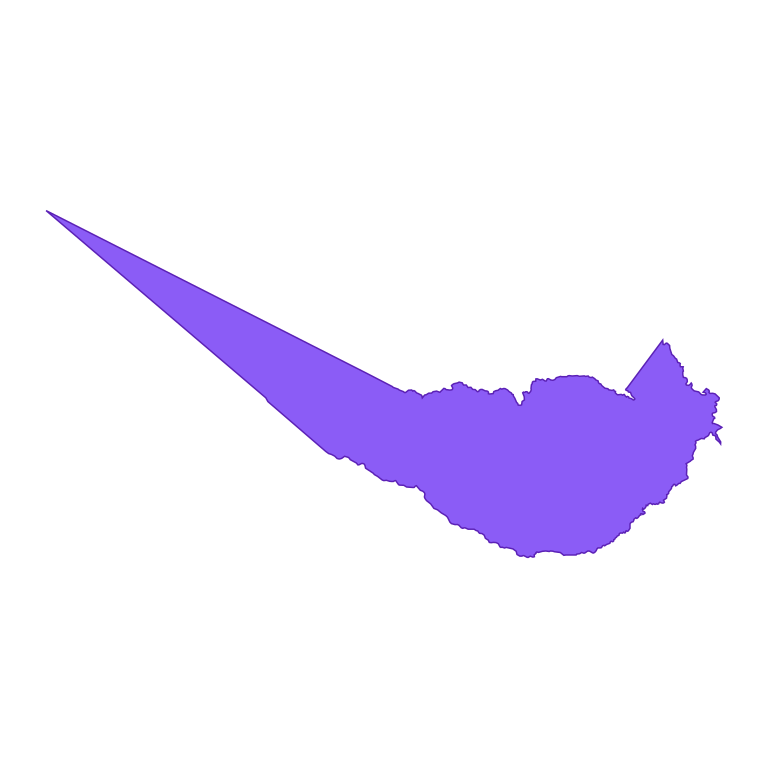 outline of Nithi, Eastern, Kenya
{"feature_id": "3690345B87545875120940", "entity_name": "Nithi", "entity_type": "district", "adm_level": 2, "iso_a3": "KEN", "parent_name": "Kenya", "parent_adm1": "Eastern", "projection": "albers", "projection_center": [37.753, -0.301], "detail": "fine", "context": "isolated", "style": "filled", "palette": "violet", "viewbox_px": 768, "rotation_deg": 0, "n_neighbors": 0, "source": "geoboundaries", "source_scale": "gbopen_adm2", "svg_char_len": 6130}
<svg xmlns="http://www.w3.org/2000/svg" viewBox="0 0 768 768"><path d="M46.1,210.6L265.8,397.8L267.9,401.6L325.7,451.4L328.7,453.6L331.4,454.4L334.7,456.1L337.1,458.5L339.1,459.0L340.7,458.7L341.8,458.3L344.6,456.3L348.1,457.3L349.1,458.0L350.3,459.7L356.4,463.0L357.9,464.9L359.0,464.8L361.6,463.5L363.0,463.5L364.0,463.9L364.9,465.2L365.6,468.2L373.2,473.2L374.4,474.6L377.6,476.4L382.2,480.0L383.8,480.6L386.4,480.3L389.7,481.3L392.0,481.5L393.6,481.4L394.7,480.7L395.7,480.6L398.6,484.7L399.6,485.1L403.8,485.3L406.6,487.0L413.1,487.5L414.2,487.4L415.3,486.1L416.4,485.7L420.3,490.3L422.8,491.2L424.4,492.6L424.9,494.1L424.4,497.0L425.0,498.5L426.5,500.6L430.7,503.9L433.9,508.4L437.5,509.8L441.3,512.9L445.7,515.5L447.5,517.2L449.9,522.1L451.4,523.6L455.0,524.6L457.4,524.5L458.9,525.2L461.3,527.8L462.8,528.3L464.2,527.8L465.3,527.9L468.1,529.2L474.1,529.2L476.2,530.6L477.7,530.9L478.8,532.6L479.6,533.3L482.1,533.6L484.2,535.2L485.4,538.3L488.3,540.2L489.3,542.4L491.1,542.7L493.4,542.4L496.1,542.6L498.3,543.7L500.0,546.9L500.9,547.4L502.1,547.2L504.6,548.0L506.2,547.4L512.9,548.9L516.2,551.3L517.0,554.5L519.8,556.1L522.0,556.1L522.9,555.6L523.8,555.6L527.1,557.3L528.2,557.4L530.2,556.2L532.9,557.1L534.4,556.7L534.2,554.8L536.0,553.4L536.0,552.5L536.9,552.0L538.5,552.4L542.5,551.3L545.8,551.0L549.2,551.5L550.4,551.0L552.9,551.2L554.3,551.7L560.3,552.5L563.8,555.3L565.8,555.0L576.1,555.0L576.8,554.1L579.7,553.7L581.6,552.5L584.0,553.2L585.2,552.8L587.4,551.2L588.3,551.0L589.7,551.2L592.6,552.9L593.6,553.0L594.8,552.3L596.1,550.8L597.1,548.7L598.0,547.9L600.4,547.9L601.5,547.6L602.2,546.3L602.9,545.6L604.0,545.3L604.7,545.8L606.7,544.4L609.1,543.6L610.0,543.1L610.2,542.1L611.1,541.3L612.8,541.7L613.7,540.9L613.8,539.6L614.8,539.1L615.4,537.9L616.4,537.3L617.2,536.1L619.0,535.2L619.3,533.7L620.3,533.0L622.6,533.1L623.5,532.2L624.5,532.9L625.4,532.7L625.5,531.6L626.2,530.8L627.1,531.3L628.3,530.9L630.0,528.3L630.0,524.0L630.4,523.1L631.5,522.2L633.1,521.7L633.8,520.3L633.8,519.4L635.7,517.8L636.8,518.4L638.1,517.5L639.7,515.3L640.9,514.9L640.7,513.9L641.9,513.7L642.9,514.5L644.9,513.3L644.9,512.4L644.4,511.7L643.1,511.5L642.4,509.3L642.7,508.3L643.7,509.2L644.8,508.4L646.0,506.6L646.2,505.2L647.7,505.6L648.2,504.2L650.4,503.2L652.4,504.5L653.3,503.8L654.6,504.3L655.8,504.3L656.8,503.7L657.6,504.2L658.7,503.8L659.2,502.6L659.9,502.1L661.1,502.8L662.8,503.1L663.7,502.9L664.4,502.2L663.5,500.2L666.5,498.2L666.9,495.8L666.7,494.6L667.7,494.3L668.7,493.2L668.6,491.9L671.0,489.1L671.6,487.9L671.7,486.7L672.7,486.0L673.2,485.0L674.0,484.3L675.0,484.5L675.6,485.8L676.7,485.3L678.8,483.4L680.1,483.4L681.3,481.6L687.6,478.6L688.0,477.9L687.8,476.6L686.8,475.5L686.5,474.7L686.8,469.2L686.5,467.3L686.9,465.3L686.1,463.7L690.3,461.2L691.2,460.3L693.1,459.1L693.1,457.7L692.5,456.4L692.4,455.4L692.9,454.5L693.4,452.4L695.7,448.4L695.6,446.1L695.0,444.9L696.0,442.8L695.5,441.3L696.6,440.5L697.9,440.2L701.2,438.5L704.3,438.8L704.9,437.6L707.8,436.0L708.6,435.2L709.7,432.8L710.6,432.3L711.5,432.4L712.2,433.0L712.8,435.1L714.9,435.7L715.7,436.4L716.0,439.2L719.3,442.1L720.6,443.9L720.7,441.9L717.7,437.1L717.0,434.8L715.6,433.6L715.7,432.1L717.5,429.9L720.5,428.4L721.9,427.3L718.0,425.0L713.7,423.4L712.5,423.5L712.2,422.6L713.7,418.8L714.7,418.4L714.6,417.3L712.8,416.2L712.2,414.9L712.4,413.4L713.4,412.9L714.9,412.7L716.5,411.6L716.4,409.5L714.8,406.7L715.0,405.7L716.4,405.4L716.8,404.0L715.2,402.2L716.1,401.4L717.9,400.9L718.7,400.1L719.2,398.9L719.2,397.8L715.1,393.9L712.8,393.3L710.0,393.4L709.0,392.6L709.3,391.1L708.6,389.9L706.3,388.6L703.1,392.2L705.2,392.7L706.0,393.5L706.1,394.5L705.1,395.0L702.3,394.9L701.1,394.4L698.7,391.9L694.2,390.9L692.3,389.2L691.4,388.0L691.4,387.0L692.1,385.4L691.8,383.9L691.2,383.0L689.9,384.6L688.5,385.4L686.4,385.0L685.9,383.9L687.3,381.7L687.2,379.7L686.6,378.3L685.1,377.6L683.4,377.4L682.8,374.9L682.8,371.9L683.4,371.1L682.8,368.4L683.2,366.8L680.4,366.7L680.0,365.0L680.3,363.5L679.2,362.8L677.7,362.4L676.6,359.1L675.4,358.4L673.5,355.8L671.8,354.5L669.8,348.3L669.6,345.5L667.3,343.3L666.2,343.1L664.4,344.6L663.1,344.4L662.7,340.1L627.3,387.7L626.1,388.8L625.7,389.8L626.3,390.4L627.7,390.6L628.4,392.0L630.5,392.4L631.7,395.6L634.4,398.2L634.9,399.0L634.3,399.7L633.3,400.0L631.4,398.6L629.0,398.0L628.6,396.9L627.3,396.4L626.4,397.0L625.1,395.8L624.4,394.5L623.4,394.6L622.7,395.2L621.2,394.4L617.8,394.8L616.9,394.4L615.3,392.8L615.5,391.4L614.4,391.1L613.7,389.9L611.9,390.4L608.8,389.8L607.9,388.7L604.9,388.2L601.8,385.6L600.7,383.9L599.5,383.7L598.5,382.7L598.1,380.9L595.8,379.9L594.8,378.7L592.3,377.1L591.3,377.5L590.0,377.4L588.9,376.9L588.2,376.0L585.5,376.4L584.3,375.9L579.4,376.3L577.2,375.6L572.2,376.0L569.1,375.6L567.9,375.9L566.9,376.7L561.7,376.7L560.6,376.4L556.3,377.7L554.9,379.5L553.0,380.3L550.8,380.0L548.5,378.7L547.4,378.8L546.2,381.0L545.1,381.0L542.5,379.3L540.3,380.0L537.2,378.8L535.9,378.9L535.7,381.2L533.2,381.4L532.4,382.2L532.2,383.6L531.4,384.8L531.0,388.5L531.2,389.6L530.9,390.9L529.9,392.3L528.9,393.3L528.0,393.0L527.5,392.0L526.4,391.7L525.5,391.8L524.7,392.4L523.4,392.1L522.7,392.8L524.2,396.7L524.4,399.9L522.1,401.5L521.6,404.8L520.3,405.3L518.2,405.1L517.7,403.4L516.6,402.4L514.8,398.2L513.4,396.0L513.2,394.6L512.0,394.2L511.4,393.0L509.1,391.6L507.6,390.0L505.0,388.6L503.8,388.5L501.7,389.1L500.3,388.5L498.0,390.3L495.8,390.7L493.8,391.6L493.2,393.6L489.6,394.0L488.4,393.7L488.5,392.3L488.0,391.5L486.9,391.0L485.3,390.9L482.1,389.4L480.5,389.5L479.3,390.2L478.7,391.4L477.4,391.7L475.2,389.6L472.7,389.4L470.9,387.3L468.0,387.5L466.3,385.0L463.5,385.0L462.2,382.8L459.1,382.1L457.6,382.9L454.0,383.7L452.3,384.7L451.5,385.7L452.6,387.6L452.7,388.8L451.9,389.8L450.0,390.1L446.1,389.6L445.0,388.6L443.8,388.4L439.8,392.3L436.6,391.1L433.1,391.7L431.6,393.1L428.6,393.2L426.3,394.7L424.7,395.0L422.3,397.9L421.8,395.6L420.8,394.7L419.6,394.4L418.9,393.8L416.6,392.9L414.9,391.1L413.9,390.6L412.8,391.1L411.7,390.0L408.5,390.2L405.6,392.5L404.5,392.5L403.4,391.6L399.4,390.1L398.1,389.1L393.4,387.5L392.2,386.5L366.1,373.0L46.1,210.6Z" fill="#8b5cf6" stroke="#5b21b6" stroke-width="1.5"/></svg>